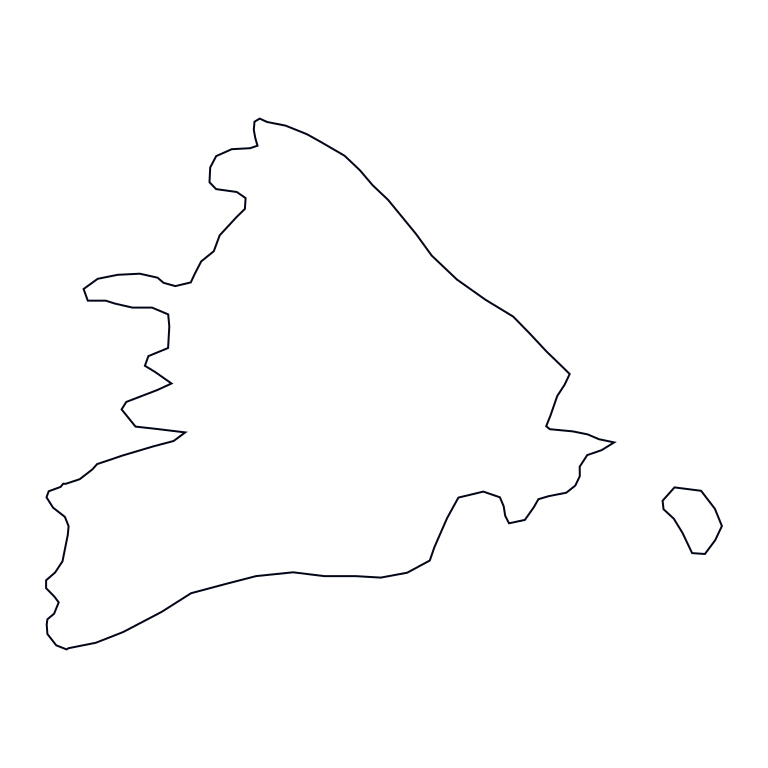 outline of Umeå, Västerbotten, Sweden
{"feature_id": "70781695B42306672423643", "entity_name": "Umeå", "entity_type": "district", "adm_level": 2, "iso_a3": "SWE", "parent_name": "Sweden", "parent_adm1": "Västerbotten", "projection": "equal_earth", "projection_center": [20.181, 63.977], "detail": "fine", "context": "isolated", "style": "outline", "palette": "ink", "viewbox_px": 768, "rotation_deg": 0, "n_neighbors": 0, "source": "geoboundaries", "source_scale": "gbopen_adm2", "svg_char_len": 1815}
<svg xmlns="http://www.w3.org/2000/svg" viewBox="0 0 768 768"><path d="M259.7,118.6L254.5,121.7L253.8,129.9L255.3,138.1L257.5,145.7L250.1,148.2L231.7,149.2L216.2,156.1L210.2,167.5L209.5,182.3L216.1,189.1L236.8,192.0L245.6,198.1L244.9,208.9L236.7,216.9L219.7,235.3L213.8,251.2L201.2,261.4L194.5,274.4L190.8,282.4L175.3,286.1L163.5,282.8L157.6,277.7L139.8,273.7L117.7,274.8L97.7,278.8L83.6,289.0L87.8,300.7L105.8,300.7L115.0,303.6L132.4,307.6L152.0,307.6L168.2,314.4L169.3,326.4L168.1,348.0L148.4,356.1L144.9,365.8L155.3,372.1L171.5,383.5L157.6,389.9L126.3,401.9L121.6,409.4L135.5,426.6L156.3,428.9L185.2,432.4L173.6,441.0L153.9,446.2L122.6,455.5L97.1,464.1L92.5,469.3L79.7,479.2L65.8,483.8L63.2,483.7L60.6,486.9L48.7,491.3L46.5,497.3L53.1,507.7L64.9,516.9L68.6,526.2L67.8,534.8L62.5,561.3L55.1,572.5L46.1,580.3L46.1,588.2L54.2,596.4L58.7,602.4L54.1,613.7L47.4,619.3L46.7,624.6L47.4,634.0L56.2,645.3L66.5,649.4L68.5,648.2L95.7,642.8L123.0,632.1L161.6,611.9L191.1,593.2L228.2,583.3L256.1,576.1L293.1,572.3L324.1,576.1L355.1,576.1L380.8,577.6L407.2,572.7L429.8,560.5L434.4,547.2L447.1,518.1L458.4,497.6L483.3,491.6L499.9,497.3L503.7,506.3L505.2,515.8L509.0,523.3L524.9,519.9L533.9,507.1L538.4,499.2L548.9,496.1L566.3,492.7L575.3,485.6L579.8,476.2L579.7,466.7L587.2,455.1L601.5,450.2L614.2,442.4L598.9,439.2L587.7,434.4L572.9,431.4L549.9,429.2L546.2,426.2L550.6,415.2L557.2,396.1L564.6,384.7L569.7,374.0L560.8,365.3L546.7,351.7L529.6,333.4L513.2,316.6L485.1,299.5L456.9,279.5L431.7,255.6L416.2,234.2L388.1,199.9L372.6,185.2L360.0,170.4L351.5,162.3L344.5,155.7L321.6,142.4L306.9,134.2L285.5,125.6L267.1,122.0L259.7,118.6ZM674.5,487.4L662.6,500.7L663.5,509.2L673.8,518.7L682.5,532.9L692.1,553.1L704.9,554.0L715.2,540.2L721.9,526.0L714.9,508.8L701.1,490.8L674.5,487.4Z" fill="none" stroke="#020617" stroke-width="2"/></svg>